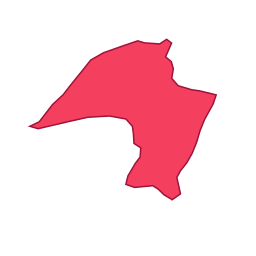 outline of Lilla Edet, Västra Götaland, Sweden, rotated 164°
{"feature_id": "70781695B92226486656888", "entity_name": "Lilla Edet", "entity_type": "district", "adm_level": 2, "iso_a3": "SWE", "parent_name": "Sweden", "parent_adm1": "Västra Götaland", "projection": "equal_earth", "projection_center": [12.169, 58.174], "detail": "fine", "context": "isolated", "style": "filled", "palette": "rose", "viewbox_px": 256, "rotation_deg": 164, "n_neighbors": 0, "source": "geoboundaries", "source_scale": "gbopen_adm2", "svg_char_len": 755}
<svg xmlns="http://www.w3.org/2000/svg" viewBox="0 0 256 256"><g transform="rotate(164 128 128)"><path d="M94.6,209.1L109.1,208.4L130.8,207.1L145.1,203.6L158.0,194.4L172.3,184.4L181.1,177.9L194.0,171.4L211.7,158.4L221.9,156.7L214.6,152.1L185.9,150.7L163.6,149.4L142.4,144.6L127.5,137.2L123.3,128.4L124.4,121.0L126.5,111.5L121.2,105.4L124.4,96.7L130.7,92.0L141.3,81.9L145.6,74.4L138.1,69.1L120.1,65.7L115.9,61.0L111.6,53.6L105.3,47.0L105.3,46.9L95.7,50.2L94.7,67.0L89.4,72.4L80.9,78.5L73.4,85.9L66.0,95.3L59.6,105.4L52.2,114.9L39.5,127.7L34.1,135.5L40.5,139.2L49.0,144.0L56.4,147.3L68.1,154.8L72.3,163.6L68.1,172.4L68.1,179.9L72.3,186.0L62.7,197.6L66.4,202.6L74.4,200.1L88.7,205.3L94.6,209.1Z" fill="#f43f5e" stroke="#9f1239" stroke-width="1.5"/></g></svg>